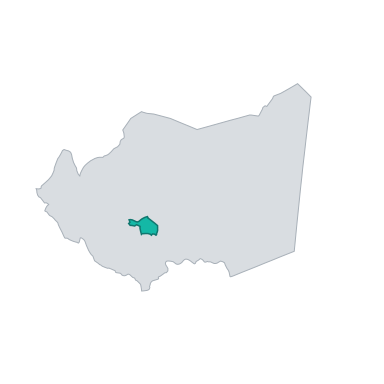 Mangalmé, Guéra, Chad (highlighted), rotated 69°
{"feature_id": "50815135B54463089232866", "entity_name": "Mangalmé", "entity_type": "district", "adm_level": 2, "iso_a3": "TCD", "parent_name": "Chad", "parent_adm1": "Guéra", "projection": "albers", "projection_center": [19.561, 12.316], "detail": "fine", "context": "in_parent", "style": "filled", "palette": "teal", "viewbox_px": 384, "rotation_deg": 69, "n_neighbors": 0, "source": "geoboundaries", "source_scale": "gbopen_adm2", "svg_char_len": 4296}
<svg xmlns="http://www.w3.org/2000/svg" viewBox="0 0 384 384"><g transform="rotate(69 192 192)"><path d="M284.0,117.8L284.1,125.8L284.2,133.9L284.4,142.1L284.5,150.2L284.7,158.3L284.8,166.4L284.9,174.5L285.1,182.7L285.1,185.4L284.9,186.5L284.5,186.8L280.3,186.1L278.4,186.1L275.9,186.7L272.1,187.1L269.7,187.0L268.0,188.4L266.7,190.2L267.4,194.2L267.2,195.5L266.7,196.9L265.6,198.1L264.5,199.1L263.8,199.9L263.0,201.8L262.3,202.7L262.4,203.8L262.2,205.0L261.5,205.6L259.8,206.1L258.6,206.7L257.7,207.6L257.1,208.2L257.5,209.1L257.9,210.2L258.2,212.0L258.4,213.1L259.3,213.9L259.8,214.5L260.0,215.3L259.5,215.9L257.3,217.3L256.5,217.7L255.5,218.4L255.1,218.7L253.6,219.9L252.8,221.1L252.4,222.0L252.4,223.2L253.2,225.1L254.1,226.7L254.5,228.0L254.7,229.3L254.6,230.5L254.2,231.7L253.4,232.7L250.4,234.5L249.0,236.6L247.8,239.1L247.5,240.5L247.9,241.4L248.5,242.1L249.4,242.5L250.7,242.6L252.8,242.2L254.8,241.9L257.0,242.8L258.1,244.8L257.7,246.4L258.5,249.1L259.3,252.4L259.2,253.6L259.5,254.0L260.9,254.2L261.2,255.0L260.8,260.8L261.5,262.5L262.4,263.6L263.4,264.2L264.4,265.0L264.9,265.5L266.1,265.6L267.4,266.7L267.8,268.1L267.7,269.5L267.0,272.5L266.4,274.5L265.6,274.3L264.1,273.9L262.2,273.5L259.8,273.1L257.6,274.0L255.2,275.1L254.5,275.9L253.8,276.3L252.7,276.3L251.8,276.4L251.2,277.1L250.4,278.0L246.9,279.7L246.2,280.4L245.8,281.0L245.8,281.7L246.1,283.0L246.1,284.8L245.4,286.2L244.5,287.1L243.5,287.5L242.6,287.7L242.0,288.3L240.2,291.5L239.5,292.1L237.9,292.0L233.3,296.8L232.9,298.2L231.2,300.2L229.1,302.4L227.2,303.5L227.0,303.9L226.5,304.4L225.4,304.8L221.3,307.6L216.4,307.5L214.3,308.5L212.2,309.0L209.1,309.5L208.2,309.5L204.3,309.7L199.7,309.6L197.9,310.0L196.2,311.0L195.0,311.9L194.8,312.2L195.0,312.6L195.0,312.9L198.2,315.1L199.0,316.2L198.2,317.2L197.8,317.4L197.7,317.4L197.2,318.3L195.3,320.7L192.4,323.7L191.0,324.5L190.4,325.1L189.6,327.0L189.1,327.3L187.1,327.5L183.2,327.7L177.8,328.3L174.5,328.5L172.5,328.3L169.6,329.6L168.6,330.0L168.0,330.1L165.1,331.4L162.8,333.4L161.9,333.7L158.6,334.6L157.3,336.0L156.7,336.1L154.6,334.2L153.2,332.5L152.5,330.8L152.4,330.3L152.0,330.4L150.8,331.1L149.8,332.0L149.4,333.6L145.9,334.6L143.0,335.5L141.7,336.7L139.6,337.2L137.0,337.0L135.0,336.4L133.0,336.3L133.9,334.8L134.3,333.7L134.4,332.4L134.3,331.5L133.1,331.0L132.4,330.3L130.8,326.0L129.1,321.6L126.7,317.3L124.0,314.5L122.1,312.8L121.5,312.6L120.5,312.1L119.8,311.6L116.3,308.6L112.7,305.3L111.8,303.8L110.0,301.5L108.0,299.2L106.9,298.1L106.5,296.2L107.9,294.6L109.5,292.4L111.4,291.1L113.8,291.0L117.8,291.7L122.0,292.0L126.3,291.6L127.4,291.3L128.5,291.3L130.8,291.9L134.7,291.8L136.8,291.0L134.6,289.5L132.3,287.1L130.1,284.5L128.8,282.2L127.6,279.1L126.5,275.4L125.9,270.6L126.0,267.9L126.4,266.0L127.7,262.8L126.9,261.0L127.1,259.5L127.0,257.2L126.7,256.1L125.2,252.4L124.9,252.0L123.6,249.4L123.1,245.2L121.6,242.3L119.1,240.9L117.8,239.3L117.3,236.3L116.4,235.5L112.5,234.5L109.3,234.4L107.0,231.0L104.1,226.7L101.4,222.8L99.8,214.9L98.9,210.3L100.1,209.0L102.4,205.9L105.5,199.8L112.2,190.5L115.7,185.7L122.5,178.6L130.8,169.8L135.5,164.9L136.4,155.8L137.3,146.2L138.0,138.9L138.8,130.3L139.6,123.2L140.1,117.9L140.8,110.5L141.4,109.1L144.6,103.4L144.9,102.6L144.3,101.6L139.9,96.6L138.5,95.5L137.7,92.9L138.9,91.5L133.6,83.2L132.3,82.1L131.7,81.1L131.7,79.6L131.7,73.9L130.4,65.0L128.7,54.6L135.0,51.7L139.8,49.5L146.0,46.8L151.6,49.8L159.8,54.1L167.9,58.4L176.1,62.7L184.3,67.0L192.6,71.3L200.8,75.6L209.0,79.9L217.3,84.1L225.6,88.4L233.9,92.6L242.2,96.8L250.5,101.0L258.8,105.2L267.2,109.4L275.6,113.6L284.0,117.8Z" fill="#d9dde1" stroke="#a8b0b8" stroke-width="1"/><path d="M199.0,242.4L198.8,244.8L199.0,247.1L199.3,248.9L199.8,250.4L200.4,252.1L200.4,253.7L199.8,254.7L198.2,256.2L196.6,257.8L195.6,259.6L195.4,260.7L198.1,260.8L198.7,262.4L201.0,261.7L201.7,260.1L203.2,257.7L202.7,255.4L205.5,252.8L206.0,253.1L207.5,253.6L210.6,254.1L213.4,254.4L213.0,253.6L213.3,252.9L214.0,250.6L215.0,248.0L216.5,246.0L217.8,245.4L217.0,243.9L218.1,241.8L218.6,241.7L219.4,241.1L219.1,240.4L217.9,239.8L217.1,239.0L215.8,238.0L214.9,237.6L213.4,237.1L213.0,236.9L211.0,236.2L209.4,237.1L207.9,237.9L203.6,240.5L201.0,242.1L200.9,242.1L200.7,242.1L200.6,242.3L200.5,242.5L199.0,242.4L199.0,242.4Z" fill="#14b8a6" stroke="#0f766e" stroke-width="1.5"/></g></svg>